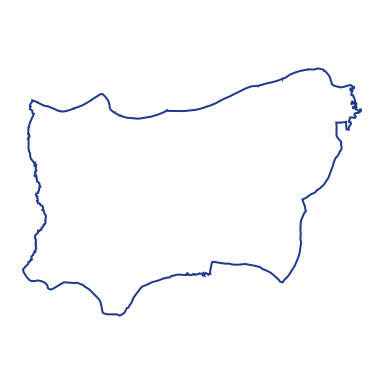 Bireuen, Aceh, Indonesia
{"feature_id": "22746128B71427834061478", "entity_name": "Bireuen", "entity_type": "district", "adm_level": 2, "iso_a3": "IDN", "parent_name": "Indonesia", "parent_adm1": "Aceh", "projection": "robinson", "projection_center": [96.671, 5.084], "detail": "fine", "context": "isolated", "style": "outline", "palette": "blue", "viewbox_px": 384, "rotation_deg": 0, "n_neighbors": 0, "source": "geoboundaries", "source_scale": "gbopen_adm2", "svg_char_len": 5846}
<svg xmlns="http://www.w3.org/2000/svg" viewBox="0 0 384 384"><path d="M210.1,273.9L209.9,273.7L210.6,268.2L211.5,265.1L211.5,263.9L212.3,262.0L213.1,261.8L225.4,263.7L226.7,263.5L229.2,263.7L232.1,264.4L235.7,264.7L238.5,264.7L245.2,264.0L254.0,265.6L258.3,266.7L259.3,266.7L260.5,267.6L261.5,267.9L262.2,268.9L265.5,270.1L270.2,272.4L273.4,274.9L277.1,278.3L278.3,279.2L279.9,281.5L282.5,282.4L284.9,279.2L287.3,277.1L290.1,273.2L295.1,265.1L298.6,256.6L299.8,252.1L301.1,242.2L300.4,239.4L300.7,234.2L300.4,229.4L300.9,220.8L303.9,213.8L305.9,210.8L305.3,209.3L305.0,206.2L303.9,204.1L302.4,199.5L306.0,197.9L311.2,194.1L313.8,193.1L315.7,191.8L316.8,190.3L319.8,188.5L323.9,184.6L328.4,177.8L333.0,165.6L333.5,163.2L334.8,159.6L336.2,157.2L336.9,156.8L337.7,155.7L339.3,152.9L339.5,152.0L341.5,149.1L341.7,148.0L341.2,145.2L340.8,144.3L341.3,142.8L341.0,141.7L338.8,139.3L336.8,136.4L336.4,134.3L336.6,131.2L336.6,129.8L336.3,129.2L336.7,128.7L336.3,122.5L340.4,122.8L341.0,122.4L343.9,122.3L346.2,121.8L346.0,123.0L346.5,129.3L348.6,129.8L348.9,127.2L350.2,124.8L350.9,124.0L351.0,123.4L350.6,122.3L349.0,121.8L349.7,118.7L350.3,117.3L355.0,117.9L355.6,117.2L355.8,116.7L354.5,115.1L354.8,113.6L355.9,113.1L358.3,112.9L359.7,112.2L360.8,111.0L361.0,109.9L360.6,109.3L360.1,109.4L359.5,111.0L359.0,111.3L358.1,110.7L357.3,109.7L355.9,109.3L355.9,108.0L356.5,107.1L356.3,106.5L354.6,107.4L353.9,108.3L353.2,108.3L353.0,108.1L352.9,107.3L353.2,106.8L356.0,105.9L356.4,103.6L356.2,103.1L355.8,103.1L355.3,104.1L354.9,104.2L353.0,103.0L351.7,104.1L351.3,103.7L351.9,102.7L352.2,101.5L352.9,101.8L353.9,103.0L355.0,102.1L355.0,101.0L354.5,98.5L354.2,97.6L353.4,96.9L353.3,95.4L353.0,95.1L351.7,95.1L351.3,94.8L351.6,92.6L352.5,91.0L352.4,90.3L351.8,90.0L350.5,90.4L350.2,89.6L350.7,88.4L353.4,88.4L354.1,88.1L354.2,87.7L353.9,86.8L352.7,86.5L350.4,85.0L348.5,85.4L344.4,86.7L341.1,87.3L339.8,87.3L338.4,86.6L338.1,86.8L334.2,85.8L332.5,84.7L331.7,83.9L331.7,82.6L330.9,81.1L330.2,78.0L329.2,75.8L325.6,71.5L325.1,71.1L324.2,71.2L323.4,69.6L318.1,68.4L313.5,69.6L308.2,69.2L307.7,69.4L307.7,69.7L305.8,69.8L298.4,71.4L293.3,73.2L289.5,74.9L285.1,77.9L282.9,78.4L282.7,78.9L282.5,78.1L282.5,78.7L282.2,78.9L278.5,80.4L273.0,82.0L265.8,83.6L261.3,85.0L259.3,85.3L258.5,85.7L258.0,86.3L257.5,85.8L255.0,86.1L252.7,86.1L249.5,87.0L246.0,88.3L231.9,95.2L230.3,96.2L224.0,98.8L215.4,103.4L208.9,106.1L207.8,106.2L207.0,106.6L206.2,106.6L206.1,106.9L205.7,107.1L200.4,108.7L195.8,109.8L184.0,111.1L167.9,110.9L167.2,110.7L167.0,110.2L166.6,110.5L166.6,110.9L161.6,113.2L156.6,115.0L150.9,116.7L138.6,118.7L126.6,117.7L121.4,116.1L120.6,115.4L119.0,115.6L118.7,114.9L115.7,113.4L114.8,112.7L114.8,112.4L114.3,112.5L113.2,111.8L110.9,109.9L110.1,108.8L109.5,106.6L109.7,105.5L108.1,100.4L105.2,96.6L102.9,94.3L102.0,94.0L100.6,94.2L98.6,95.3L87.3,102.6L82.3,105.4L77.3,107.3L74.3,108.1L74.5,108.4L74.3,108.7L73.4,108.6L68.3,110.5L64.4,111.4L61.0,111.5L57.5,110.5L55.5,109.4L49.4,107.0L48.5,106.3L48.7,105.6L48.3,106.2L47.6,106.2L47.4,106.4L46.1,106.2L43.0,105.2L37.9,102.7L37.0,101.8L36.5,101.9L32.4,100.3L32.5,101.2L32.1,101.3L31.9,102.2L31.0,102.9L30.1,104.9L29.9,106.2L30.6,106.4L30.0,109.3L32.2,110.4L32.6,113.3L33.9,113.9L33.6,114.2L32.9,116.5L32.5,116.8L30.4,121.6L29.3,124.9L29.0,127.4L28.5,127.4L28.3,129.6L28.5,131.0L28.0,133.3L28.1,134.0L29.1,134.2L29.4,136.3L29.3,137.2L28.9,137.4L28.6,137.1L28.3,139.2L28.0,139.2L28.6,140.2L28.5,149.0L29.0,150.1L29.0,151.5L30.2,153.4L30.1,155.9L30.9,158.7L33.8,162.5L35.1,162.5L34.5,163.9L36.3,164.7L36.1,165.2L34.6,165.9L36.0,167.0L35.6,169.0L36.4,170.4L36.2,171.3L35.1,171.7L34.9,172.2L35.7,174.2L35.5,174.6L34.7,175.1L34.6,175.7L34.8,176.2L36.1,175.9L36.5,176.4L36.5,178.5L37.1,179.1L36.7,180.8L36.9,181.2L38.7,182.5L38.9,183.4L39.5,183.7L39.5,185.1L40.4,186.8L39.5,187.1L39.2,187.6L39.1,190.3L38.0,191.8L38.3,192.7L36.9,193.5L36.2,193.6L35.9,194.4L36.0,195.5L36.3,195.9L37.5,196.4L37.1,197.9L37.5,198.7L37.8,200.4L36.9,200.9L37.0,201.2L37.6,201.8L38.0,203.3L39.1,203.2L39.7,203.5L39.9,204.5L40.6,204.7L40.9,205.3L41.4,205.4L42.9,206.5L42.9,207.6L43.3,209.5L42.3,210.0L42.8,210.5L43.7,210.5L44.3,213.3L45.1,214.1L46.1,216.3L45.6,217.6L45.6,219.7L45.1,220.4L45.6,221.4L45.3,223.2L44.9,224.0L43.9,224.5L44.1,224.7L44.1,225.2L42.6,226.7L42.5,227.6L41.4,228.1L41.5,228.8L41.1,229.9L39.7,230.3L39.4,231.1L38.0,230.7L38.1,232.2L37.8,233.3L36.7,233.8L35.1,235.6L34.9,236.4L35.3,237.5L35.1,238.6L36.1,240.1L35.5,241.8L36.1,243.0L35.5,243.9L35.4,244.4L35.6,244.9L35.9,245.0L35.9,245.9L36.1,246.4L35.8,247.4L36.2,248.0L35.7,249.0L35.6,251.1L35.3,251.4L34.6,251.3L34.9,252.3L34.4,252.4L33.5,253.5L32.9,255.3L31.6,256.3L31.4,257.0L31.4,257.6L31.7,258.3L31.4,258.9L31.4,259.2L31.8,259.7L31.6,260.0L30.5,259.9L29.7,261.7L28.4,262.1L28.4,263.2L27.5,264.6L24.5,267.5L23.9,268.6L23.0,269.4L23.6,272.1L27.1,277.7L29.5,280.0L31.4,281.1L35.3,281.0L37.2,280.5L38.8,280.6L41.6,281.2L44.4,282.5L45.9,283.6L47.2,285.2L48.0,288.2L49.5,289.3L51.5,289.3L53.2,288.7L60.8,284.0L63.6,282.5L64.5,282.3L72.4,282.9L73.4,283.2L76.7,282.8L78.2,283.1L80.3,284.1L82.9,284.8L84.9,286.7L89.3,289.4L98.5,298.7L99.7,300.4L100.6,302.4L102.7,312.5L104.1,313.5L107.6,314.3L117.1,314.4L119.5,315.6L122.8,314.0L124.8,312.2L126.7,308.2L128.6,307.4L129.6,305.2L130.7,304.0L132.0,301.5L132.3,300.3L133.0,299.2L133.5,297.6L141.7,286.8L148.2,284.2L152.2,282.1L158.1,280.6L163.9,278.3L164.7,278.4L166.8,277.6L169.8,277.4L171.7,275.7L172.8,275.8L177.7,274.6L186.2,275.0L186.9,274.8L186.8,273.6L187.3,273.2L188.6,274.3L188.8,274.8L190.1,275.1L191.3,275.1L192.6,274.5L194.2,274.7L193.9,274.1L197.1,274.5L199.4,273.4L199.9,273.8L202.5,273.5L202.6,275.3L204.3,275.9L203.9,274.9L203.8,273.9L203.3,273.2L203.6,272.8L204.6,273.8L205.3,273.8L205.9,273.0L207.0,273.6L207.9,274.4L207.9,274.0L208.6,274.2L210.1,273.9Z" fill="none" stroke="#1e3a8a" stroke-width="2"/></svg>